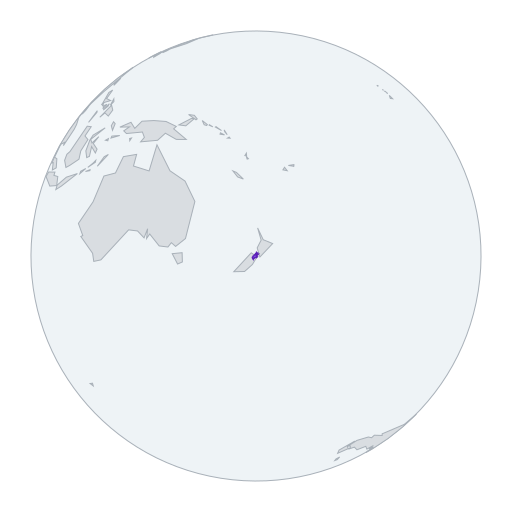 the Earth from above Marlborough District, rotated 9°
{"feature_id": "NZL-3401", "entity_name": "Marlborough District", "entity_type": "Unitary Authority", "adm_level": 1, "iso_a3": "NZL", "parent_name": "New Zealand", "parent_adm1": "", "projection": "orthographic", "projection_center": [173.864, -41.59], "detail": "fine", "context": "on_globe", "style": "filled", "palette": "violet", "viewbox_px": 512, "rotation_deg": 9, "n_neighbors": 0, "source": "natural_earth", "source_scale": "10m", "svg_char_len": 6729}
<svg xmlns="http://www.w3.org/2000/svg" viewBox="0 0 512 512"><g transform="rotate(9 256 256)"><circle cx="256" cy="256" r="225" fill="#eef3f6" stroke="#a8b0b8"/><path d="M279.1,159.8L279.4,161.3L279.1,161.5L279.1,159.8ZM401.2,428.3L395.3,433.0L396.5,431.5L401.8,426.4L397.9,428.7L401.6,424.8L395.7,429.4L394.2,426.8L386.0,431.6L383.1,429.4L377.5,432.3L379.1,430.4L378.9,428.9L376.4,429.5L384.6,422.3L395.3,417.2L398.6,417.4L400.9,414.5L408.7,413.5L408.4,411.9L421.8,403.5L428.8,399.1L439.2,387.1L427.7,401.8L415.0,415.6L401.2,428.3ZM364.0,79.4L362.5,76.5L366.4,79.3L364.0,79.4ZM359.6,74.1L360.6,75.2L359.4,74.2L359.6,74.1ZM357.4,73.0L359.0,73.8L357.3,73.1L357.4,73.0ZM354.6,71.8L356.1,72.3L355.9,72.3L354.6,71.8ZM349.8,69.2L348.6,68.5L349.9,68.7L349.8,69.2ZM368.4,434.7L382.6,423.3L375.8,429.6L377.3,431.8L367.5,438.1L368.4,434.7ZM370.1,441.4L368.1,444.4L365.8,445.7L366.7,444.0L370.1,441.4ZM130.2,69.1L129.8,69.5L126.2,72.3L119.2,77.3L124.2,73.3L123.6,73.8L130.2,69.1ZM105.1,88.8L105.0,89.1L99.2,95.5L79.9,117.6L69.0,131.5L67.1,134.7L65.8,135.7L59.4,146.3L58.2,154.3L56.6,159.3L48.5,177.1L49.1,173.7L45.6,176.3L41.6,189.9L44.1,191.1L44.9,200.2L41.4,202.9L41.1,195.5L39.9,196.1L42.6,184.9L44.8,177.6L51.8,160.9L60.0,144.9L69.6,129.5L80.3,115.0L92.1,101.4L105.1,88.8ZM112.1,407.9L114.4,407.2L115.6,409.8L112.1,407.9ZM74.3,199.2L78.6,196.7L78.6,197.7L74.3,199.2ZM69.6,199.7L74.2,196.2L69.1,202.3L69.6,199.7ZM76.0,194.8L80.8,189.4L82.8,186.5L82.7,188.5L76.0,194.8ZM66.7,202.5L52.7,217.5L47.9,221.7L48.5,217.1L56.4,207.8L66.7,202.5ZM48.1,217.6L41.4,219.2L36.2,210.4L38.0,205.5L44.3,204.6L43.8,208.0L47.8,208.5L48.1,217.6ZM66.5,179.6L66.0,188.1L57.8,195.7L54.4,198.3L52.0,191.4L53.3,185.1L55.9,182.0L69.0,154.2L73.0,154.1L68.3,164.2L71.8,167.3L66.5,179.6ZM76.4,139.1L69.7,150.2L76.5,137.3L76.4,139.1ZM81.7,128.7L81.1,131.6L79.8,130.3L81.7,128.7ZM65.0,138.9L62.1,143.1L63.0,141.0L67.3,134.6L65.0,138.9ZM94.7,101.5L90.8,107.2L88.9,109.7L89.4,107.6L94.7,101.5ZM250.8,253.6L257.1,256.7L253.8,264.9L247.1,273.1L236.5,275.0L250.8,253.6ZM179.8,276.2L172.9,266.8L182.5,264.3L184.2,273.4L179.8,276.2ZM255.9,247.8L258.6,239.5L253.2,228.0L260.6,238.8L270.5,241.1L260.0,256.4L255.9,247.8ZM126.1,250.1L103.4,284.1L96.6,286.7L94.2,278.9L79.9,264.1L81.7,262.9L75.5,251.6L86.6,228.0L93.3,200.8L104.2,196.0L109.5,178.6L122.2,174.3L120.9,186.3L137.1,188.7L140.8,161.7L157.7,185.3L174.2,193.1L187.1,211.7L183.6,249.8L175.1,259.1L170.3,256.1L167.6,260.9L158.8,261.2L147.6,250.9L145.2,255.8L144.7,246.0L142.6,255.6L135.1,249.8L126.1,250.1ZM219.9,175.6L223.6,176.5L231.5,182.0L225.5,180.8L219.9,175.6ZM270.3,163.9L273.5,166.9L269.1,166.7L270.3,163.9ZM279.1,161.5L273.8,161.5L279.1,159.8L279.1,161.5ZM230.9,159.3L233.3,161.1L232.1,161.7L230.9,159.3ZM229.3,158.6L230.4,155.9L231.1,158.7L229.3,158.6ZM209.4,144.0L210.9,142.7L212.0,143.7L209.4,144.0ZM85.2,192.2L90.6,181.6L94.3,178.8L85.2,192.2ZM206.0,141.3L201.4,141.3L201.6,139.9L206.0,141.3ZM205.7,138.2L204.8,136.4L208.6,140.7L205.7,138.2ZM196.3,134.5L202.3,137.5L195.7,135.0L196.3,134.5ZM193.2,135.2L189.2,134.1L189.4,133.6L193.2,135.2ZM154.8,143.3L168.9,151.8L159.0,153.3L147.3,148.9L140.7,157.1L124.2,161.3L127.2,156.3L124.4,151.3L108.9,155.3L105.8,153.1L110.8,148.3L101.4,150.0L111.6,143.5L116.3,148.9L122.3,140.7L133.9,138.2L146.1,137.2L157.0,140.5L154.8,143.3ZM112.8,159.7L114.6,158.9L113.3,161.9L112.8,159.7ZM181.7,130.6L187.4,133.8L186.9,134.8L184.3,134.5L181.7,130.6ZM159.3,138.6L170.6,130.3L173.6,130.0L166.3,138.4L159.3,138.6ZM167.3,126.8L173.1,126.7L176.5,129.8L175.4,130.9L167.3,126.8ZM91.9,163.1L91.6,165.4L89.2,165.2L91.9,163.1ZM94.9,160.1L102.6,158.3L94.3,162.2L94.9,160.1ZM74.5,166.7L76.3,170.0L82.1,162.7L77.7,170.3L82.3,175.3L81.2,179.4L76.5,173.6L75.9,183.6L73.4,185.3L71.5,178.8L73.7,167.7L76.2,162.1L87.0,153.0L74.5,166.7ZM94.6,154.3L92.7,150.0L94.3,145.7L96.2,147.3L94.6,154.3ZM88.2,140.9L84.4,138.3L80.0,143.4L89.8,129.7L91.7,134.3L88.2,140.9ZM86.5,131.1L82.3,135.8L87.3,128.5L86.5,131.1ZM81.7,134.6L82.3,131.2L85.1,129.5L81.7,134.6ZM88.5,129.9L91.0,123.0L91.5,125.7L88.5,129.9ZM83.8,123.9L88.1,125.2L80.8,128.7L85.1,117.5L88.5,114.5L83.8,123.9ZM132.0,69.8L133.7,68.1L138.1,65.5L135.7,67.4L132.0,69.8ZM154.0,57.2L139.8,64.4L128.7,71.1L130.1,70.6L123.9,75.7L124.1,74.3L135.0,66.7L142.7,62.4L147.8,59.1L155.9,54.9L160.3,52.2L165.2,50.0L163.5,51.2L154.0,57.2ZM178.1,44.6L179.1,44.3L178.2,44.7L170.6,47.7L167.6,48.8L162.0,51.4L166.7,49.2L178.1,44.6Z" fill="#d9dde1" stroke="#a8b0b8" stroke-width="1"/><path d="M255.2,253.9L255.3,253.9L255.3,254.0L255.5,254.1L255.4,254.0L255.5,253.9L255.6,253.7L255.5,253.8L255.5,253.7L255.8,253.6L255.9,253.4L256.0,253.4L256.0,253.6L256.2,253.4L256.4,253.3L256.5,253.3L256.3,253.4L256.3,253.5L256.2,253.5L255.9,253.7L255.8,253.8L255.8,254.0L255.7,254.1L255.8,254.1L255.9,253.9L256.1,253.9L256.3,253.9L256.2,253.9L256.2,254.0L255.9,254.2L255.9,254.3L256.0,254.3L256.0,254.5L255.9,254.7L255.7,254.7L255.7,254.8L255.8,254.8L256.1,254.6L256.3,254.5L256.5,254.5L256.5,254.4L256.6,254.5L256.7,254.4L256.8,254.4L256.5,254.4L256.4,254.4L256.2,254.4L256.1,254.2L256.3,254.1L256.3,254.3L256.4,254.2L256.5,254.0L256.5,253.9L256.5,253.7L256.4,253.8L256.3,253.7L256.5,253.6L256.7,253.8L256.7,253.7L256.8,253.7L257.0,253.6L257.0,253.8L257.0,254.0L257.1,253.9L257.3,253.7L257.3,253.8L257.2,254.0L257.0,254.3L257.0,254.2L256.9,254.2L256.9,254.3L257.0,254.3L256.9,254.5L256.7,254.6L256.4,254.6L256.2,254.7L256.2,254.8L256.3,254.8L256.4,254.7L256.5,254.8L256.5,254.7L256.8,254.6L257.0,254.7L257.4,254.5L257.2,254.8L257.1,255.0L256.9,255.0L257.0,254.9L256.9,254.9L256.7,255.0L256.6,255.3L256.6,255.5L256.7,255.8L256.8,255.8L256.7,255.8L256.7,255.7L256.9,256.0L257.0,256.2L257.0,256.4L257.0,256.5L257.3,256.6L257.2,256.7L257.0,257.1L256.6,257.5L256.5,257.4L256.4,257.3L256.2,257.3L255.9,257.3L255.7,257.4L255.5,257.5L255.4,257.5L255.2,257.7L254.9,257.9L254.9,258.1L254.8,258.3L254.5,258.5L254.4,258.6L254.2,258.7L254.1,258.8L254.1,259.0L253.9,259.3L253.7,259.4L253.7,259.5L253.6,259.4L253.4,259.3L253.4,259.2L253.2,258.9L253.0,258.7L253.0,258.4L252.9,258.3L252.7,258.2L252.7,257.7L253.0,257.4L253.1,257.1L253.2,256.8L253.2,256.7L253.3,256.7L253.5,256.5L253.6,256.3L253.7,256.2L253.9,255.9L254.0,255.8L254.1,255.7L254.3,255.6L254.2,255.6L254.3,255.4L254.3,255.2L254.5,255.1L254.9,254.6L255.0,254.5L255.1,254.3L255.2,254.1L255.2,253.9ZM255.8,253.3L255.8,253.2L255.7,253.2L255.8,253.0L255.9,252.9L255.9,252.7L255.9,252.8L256.0,252.8L256.0,252.7L256.1,252.8L256.2,252.7L256.3,252.7L256.3,252.8L256.2,253.0L255.9,253.3L255.7,253.4L255.8,253.4L255.8,253.3ZM257.5,254.1L257.6,254.3L257.5,254.5L257.3,254.5L257.2,254.6L257.3,254.3L257.5,254.3L257.5,254.2L257.5,254.3L257.4,254.3L257.4,254.2L257.5,254.1L257.5,254.1Z" fill="#8b5cf6" stroke="#5b21b6" stroke-width="1.5"/></g></svg>